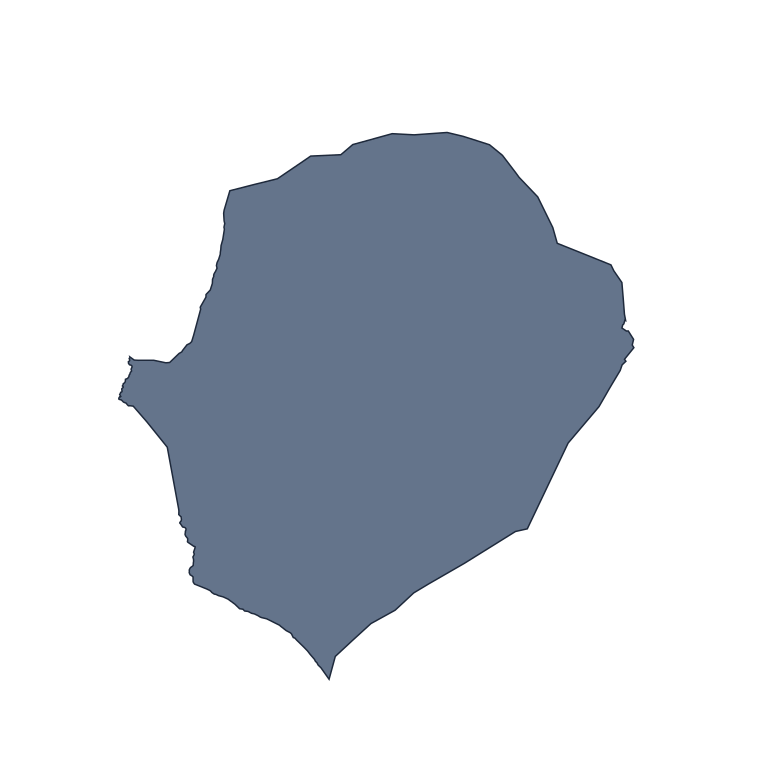 outline of San Pedro Quiatoni, Oaxaca, Mexico, rotated 244°
{"feature_id": "50627088B74520915461068", "entity_name": "San Pedro Quiatoni", "entity_type": "district", "adm_level": 2, "iso_a3": "MEX", "parent_name": "Mexico", "parent_adm1": "Oaxaca", "projection": "mercator", "projection_center": [-96.033, 16.765], "detail": "fine", "context": "isolated", "style": "filled", "palette": "slate", "viewbox_px": 768, "rotation_deg": 244, "n_neighbors": 0, "source": "geoboundaries", "source_scale": "gbopen_adm2", "svg_char_len": 3099}
<svg xmlns="http://www.w3.org/2000/svg" viewBox="0 0 768 768"><g transform="rotate(244 384 384)"><path d="M287.2,126.0L277.6,134.7L274.7,137.0L273.3,137.6L272.2,137.8L269.6,139.3L268.5,140.8L266.4,142.4L263.2,146.1L258.9,149.6L257.1,150.5L251.4,153.5L248.9,154.4L245.3,155.7L243.4,158.5L241.1,159.2L239.1,162.2L236.0,164.4L234.2,166.7L230.9,169.3L228.9,170.5L227.8,171.5L224.4,175.6L212.8,184.5L212.0,184.7L205.2,188.0L201.4,190.8L199.9,191.3L195.9,191.3L194.7,192.5L191.9,193.3L182.1,196.8L179.6,197.6L177.8,198.2L173.4,199.1L167.0,200.8L164.7,200.8L163.1,201.5L160.2,201.6L156.7,202.9L142.7,205.2L160.5,220.8L167.1,242.5L174.4,267.3L175.8,294.8L179.7,307.7L183.2,319.1L184.7,336.0L187.6,377.8L193.8,437.5L191.0,449.3L250.2,523.6L260.3,546.6L269.4,567.3L276.4,577.7L280.3,583.4L283.6,588.4L292.6,602.2L296.8,606.4L298.4,611.4L300.8,611.0L307.1,624.5L310.2,624.2L314.7,627.9L324.6,626.8L325.3,625.1L330.0,622.4L332.4,624.4L332.9,625.9L335.8,628.5L335.1,629.0L341.3,630.7L355.2,636.2L370.9,642.3L384.9,640.2L391.6,640.2L414.3,619.7L434.5,601.4L450.6,604.3L484.8,604.2L510.6,596.0L515.7,595.1L537.6,590.7L552.8,583.7L571.9,563.7L582.4,551.0L594.7,520.4L605.4,501.1L612.9,460.9L609.0,445.7L621.0,418.0L620.2,412.8L617.7,395.5L615.2,378.2L620.2,354.9L625.3,330.2L610.3,316.5L607.7,314.7L600.7,311.8L598.0,311.2L595.1,308.9L593.1,308.4L584.5,302.4L579.8,298.2L576.5,296.3L574.1,294.6L572.4,293.7L568.6,290.1L566.4,287.3L563.9,285.3L561.3,284.7L559.1,282.0L557.7,279.8L556.5,278.6L555.4,278.2L553.3,275.8L549.6,273.8L544.6,269.0L542.5,263.3L540.1,262.0L533.6,252.5L531.6,252.0L511.2,234.2L506.4,229.7L506.3,229.4L505.6,227.3L505.6,224.1L502.4,217.6L501.5,216.3L501.3,213.2L497.3,200.8L498.7,197.2L506.3,187.4L513.1,173.4L515.0,170.0L519.7,167.5L519.2,167.4L518.7,166.2L517.8,166.1L516.8,165.8L516.3,165.3L516.1,164.0L514.5,163.4L512.8,163.7L511.9,164.8L511.1,165.3L509.8,165.1L508.2,163.2L506.3,162.8L505.6,161.1L504.1,159.7L503.7,158.8L502.4,157.9L501.4,155.9L501.6,153.7L499.7,152.6L498.8,151.4L498.6,149.8L497.9,149.4L496.9,148.0L495.7,148.4L495.2,148.0L495.0,147.1L494.7,146.3L493.8,145.8L492.9,145.6L492.1,145.2L491.8,144.6L492.0,144.0L491.8,143.5L491.3,143.1L490.4,141.8L488.2,142.0L488.0,141.4L488.5,141.0L488.1,140.3L487.5,139.4L486.4,139.1L484.7,141.0L482.0,141.9L480.8,142.9L479.9,143.8L478.0,144.2L476.5,144.7L475.5,146.7L474.0,148.9L453.8,154.3L422.2,161.5L361.9,144.7L359.8,144.0L357.7,142.9L356.6,142.3L355.3,142.7L353.6,143.4L350.9,142.5L349.8,141.5L349.1,139.9L348.6,139.5L347.5,139.8L343.8,140.3L342.4,142.0L341.4,142.5L340.8,142.5L340.1,142.3L339.2,141.6L338.8,140.9L338.0,140.7L337.4,140.1L335.9,139.2L334.3,139.1L331.2,139.8L329.7,139.1L328.4,138.2L327.6,138.4L321.3,142.0L321.1,142.5L320.4,142.9L319.1,141.9L316.3,139.1L315.5,139.0L314.5,139.0L314.1,138.8L313.3,137.8L312.4,136.7L312.3,136.4L310.1,136.0L308.2,135.2L307.1,134.4L304.5,132.9L304.1,131.3L303.9,129.9L303.8,129.5L302.6,127.8L302.0,127.3L301.5,127.2L300.4,126.6L299.8,126.2L297.5,126.1L296.3,126.9L296.1,127.1L294.3,127.8L290.1,125.8L289.1,125.7L287.2,126.0Z" fill="#64748b" stroke="#1e293b" stroke-width="1.5"/></g></svg>